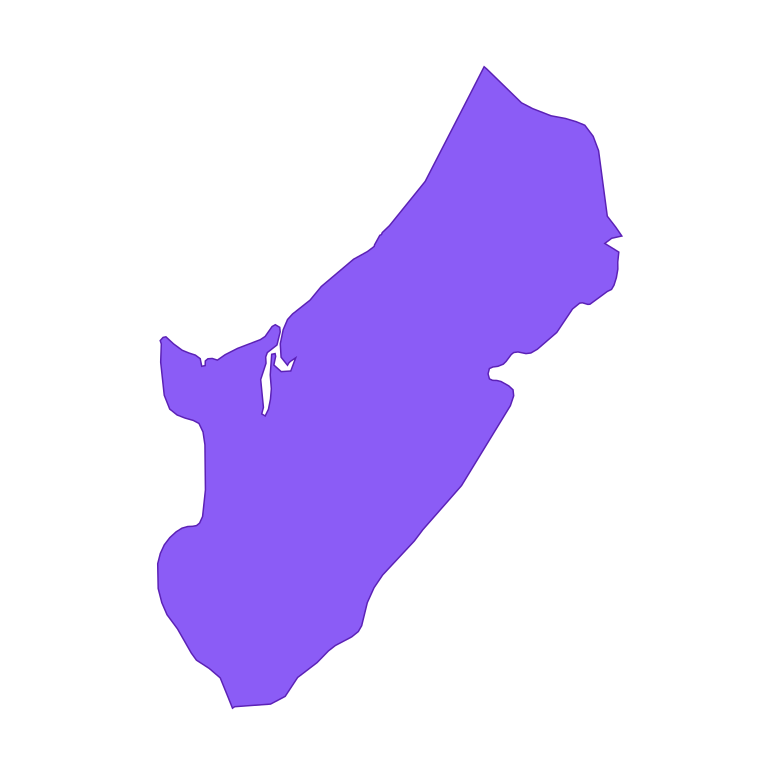 outline of Quảng Bình, rotated 258°
{"feature_id": "VNM-476", "entity_name": "Quảng Bình", "entity_type": "Province", "adm_level": 1, "iso_a3": "VNM", "parent_name": "Vietnam", "parent_adm1": "", "projection": "robinson", "projection_center": [106.309, 17.511], "detail": "fine", "context": "isolated", "style": "filled", "palette": "violet", "viewbox_px": 768, "rotation_deg": 258, "n_neighbors": 0, "source": "natural_earth", "source_scale": "10m", "svg_char_len": 2087}
<svg xmlns="http://www.w3.org/2000/svg" viewBox="0 0 768 768"><g transform="rotate(258 384 384)"><path d="M232.8,391.0L224.2,381.1L197.5,343.0L186.8,331.9L173.6,322.2L152.2,311.9L147.2,307.4L143.4,299.9L138.3,282.0L134.5,274.2L125.4,260.6L114.9,238.5L99.0,222.4L94.5,206.5L99.4,170.8L98.4,168.4L110.5,166.3L130.6,162.7L142.2,153.8L152.9,143.1L160.8,139.6L187.4,131.1L203.4,123.8L216.3,121.2L230.9,120.6L255.3,125.3L264.8,130.0L272.4,135.7L278.3,142.6L282.6,149.9L285.0,156.4L285.4,162.5L284.6,167.2L284.5,171.2L286.3,174.7L292.1,179.0L317.5,187.3L361.7,196.2L374.7,197.0L383.9,194.8L388.0,189.9L392.1,182.2L396.7,175.2L404.0,169.2L418.7,166.7L451.8,170.1L469.5,174.5L473.0,174.1L475.5,177.6L475.5,180.5L467.0,186.5L459.0,193.6L454.9,199.6L451.5,205.5L447.0,209.5L439.2,209.4L439.2,212.9L443.7,214.0L445.3,217.0L444.7,221.3L442.0,226.0L445.7,234.7L449.3,248.2L453.1,272.3L455.2,277.6L463.5,286.5L464.6,290.0L461.1,293.8L456.6,293.3L444.4,287.4L439.0,276.4L435.0,273.9L428.8,272.9L414.0,264.3L386.2,261.2L380.2,258.2L377.4,261.1L383.3,265.7L392.8,269.8L402.7,272.8L416.5,274.6L436.4,280.3L436.4,283.8L433.6,283.8L425.5,280.2L417.5,286.0L416.1,295.5L428.0,303.1L425.7,297.4L424.5,295.4L422.4,293.5L431.6,288.9L444.9,290.9L458.1,296.7L467.2,303.1L471.5,309.1L481.4,329.1L492.4,342.9L512.4,380.2L517.0,395.3L520.6,403.0L522.1,403.7L530.3,410.8L530.7,412.6L532.5,413.8L537.7,422.2L573.6,466.4L648.5,527.6L673.5,547.9L670.9,549.9L630.5,576.9L622.5,586.6L611.7,603.0L606.0,616.7L600.7,626.4L595.4,634.2L582.8,640.1L567.6,642.4L501.7,637.3L489.2,643.3L479.3,647.4L479.2,637.0L475.6,629.2L464.2,641.1L454.7,638.0L447.7,636.6L439.7,633.4L432.8,629.5L429.2,626.2L428.1,621.7L426.1,617.3L419.2,602.0L419.5,599.9L422.2,594.9L422.4,592.2L418.2,584.0L398.5,563.7L386.1,541.2L383.8,534.1L384.2,529.2L387.5,521.7L387.8,517.4L386.4,514.6L380.7,508.1L378.6,504.8L377.6,499.1L378.0,494.1L377.2,490.3L372.3,487.9L367.1,488.2L365.0,491.0L364.0,495.1L362.1,499.0L356.2,505.7L351.5,509.0L345.5,508.4L336.5,503.1L268.5,438.7L232.9,391.0L232.8,391.0Z" fill="#8b5cf6" stroke="#5b21b6" stroke-width="1.5"/></g></svg>